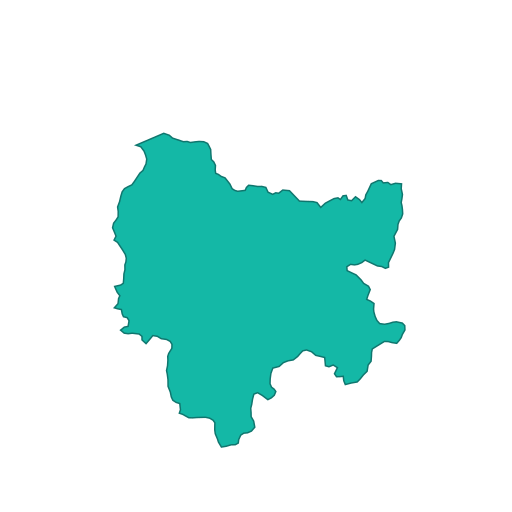 outline of Porteirão, Goiás, Brazil, rotated 231°
{"feature_id": "56859067B4903361773953", "entity_name": "Porteirão", "entity_type": "district", "adm_level": 2, "iso_a3": "BRA", "parent_name": "Brazil", "parent_adm1": "Goiás", "projection": "orthographic", "projection_center": [-50.163, -17.922], "detail": "fine", "context": "isolated", "style": "filled", "palette": "teal", "viewbox_px": 512, "rotation_deg": 231, "n_neighbors": 0, "source": "geoboundaries", "source_scale": "gbopen_adm2", "svg_char_len": 3582}
<svg xmlns="http://www.w3.org/2000/svg" viewBox="0 0 512 512"><g transform="rotate(231 256 256)"><path d="M220.5,414.5L224.7,410.2L226.6,405.7L230.2,404.7L232.7,400.9L235.8,400.8L237.7,398.6L239.6,391.1L237.7,387.2L235.9,383.5L234.4,379.8L232.0,377.0L230.9,371.9L234.6,371.9L239.4,370.6L238.8,365.1L241.7,362.6L246.3,364.2L248.0,361.5L246.8,357.1L249.6,356.3L251.5,352.8L252.5,347.9L253.4,343.1L253.0,336.9L259.1,337.0L262.4,334.5L266.6,329.6L271.3,324.3L285.7,323.1L290.4,318.3L290.5,313.1L292.7,311.1L293.4,307.8L298.0,305.5L303.1,306.8L306.4,304.3L309.0,301.0L312.8,297.6L315.6,294.8L315.3,291.7L313.8,288.9L317.8,282.5L320.3,280.8L323.3,279.8L328.4,281.0L336.2,281.1L339.8,279.0L343.1,278.1L345.6,276.7L348.5,278.4L351.9,281.5L355.7,282.4L359.1,282.0L363.6,285.1L367.3,287.8L370.8,288.6L373.9,289.2L377.7,287.3L380.8,283.9L383.1,280.4L385.5,276.4L388.3,274.6L390.5,271.5L400.2,265.3L404.4,264.6L409.4,261.5L417.6,232.5L413.4,235.2L407.9,235.0L403.9,233.7L400.1,232.1L396.7,228.4L395.5,225.6L393.6,222.0L393.5,218.0L390.5,208.5L389.4,204.3L390.4,200.2L391.1,196.2L390.1,192.4L387.6,188.7L384.1,184.2L381.2,179.3L377.4,177.0L373.2,173.5L372.0,169.9L371.1,166.0L368.2,162.3L364.0,161.1L359.5,159.7L357.7,155.7L353.7,157.0L349.7,156.6L344.3,156.1L339.4,155.4L335.9,153.8L333.2,151.1L331.6,148.5L327.8,145.5L325.2,142.1L321.6,138.9L318.3,135.7L318.6,132.5L321.3,127.0L318.5,126.2L315.0,125.3L310.8,125.2L309.4,122.4L305.8,118.8L304.9,113.3L302.1,115.2L299.1,117.7L295.2,115.6L292.2,114.8L289.2,117.1L285.6,116.6L281.8,112.3L283.6,108.9L283.6,104.1L279.0,105.0L276.1,107.7L273.9,111.2L268.9,116.1L265.3,116.8L262.5,114.6L257.1,115.4L258.1,120.9L259.1,125.7L255.7,128.8L251.4,130.3L247.4,134.0L243.6,135.6L240.2,135.1L237.2,132.5L235.2,126.8L233.5,124.2L230.5,122.0L226.4,118.2L223.3,114.4L220.2,112.8L215.3,109.8L210.0,105.6L204.2,103.8L199.8,101.5L196.2,100.6L192.5,101.8L189.3,103.9L184.0,100.5L182.1,97.5L179.2,99.3L172.6,102.0L170.2,104.8L167.7,108.4L162.5,115.2L159.2,117.9L155.4,119.3L152.3,119.1L149.7,116.9L146.8,114.5L143.5,112.5L140.8,111.7L138.0,110.9L135.0,109.7L129.3,108.9L126.9,113.1L124.9,117.9L122.4,121.1L121.8,124.5L124.2,127.0L126.4,131.4L126.0,135.0L123.9,138.2L122.8,142.3L123.7,147.3L129.2,150.3L134.2,151.1L137.4,153.6L141.0,156.1L143.3,159.2L147.0,163.3L150.0,167.4L148.8,171.2L143.8,173.1L136.9,174.8L136.1,178.7L136.3,182.6L138.2,186.1L141.1,186.3L144.3,185.5L147.9,186.5L151.6,189.7L155.4,193.7L158.3,198.5L155.6,204.5L155.9,210.2L154.4,214.9L151.8,219.6L151.7,225.1L152.4,228.9L152.9,232.6L151.2,236.1L146.7,238.9L141.2,239.9L137.5,242.8L133.9,245.5L130.4,243.2L127.0,240.9L124.0,243.0L122.7,247.4L118.0,249.0L115.1,242.9L111.5,242.6L109.3,245.5L107.6,248.1L103.8,245.7L99.9,244.5L97.4,250.0L94.4,255.4L94.9,259.6L96.0,264.6L96.5,269.8L100.7,274.5L101.8,279.2L105.4,282.6L108.3,285.1L110.6,287.9L109.8,294.3L108.8,302.0L106.2,305.0L103.1,307.2L99.6,310.4L100.3,314.4L101.2,317.5L102.9,320.3L104.8,325.2L108.3,327.8L111.8,327.5L116.5,323.7L118.4,320.7L119.8,317.1L122.0,313.0L125.6,309.6L129.8,309.4L134.0,310.5L138.4,312.4L140.8,314.0L144.8,317.8L149.1,316.5L152.6,314.7L154.8,318.0L158.0,323.6L161.7,324.4L167.0,322.4L171.4,322.6L178.3,321.9L182.4,319.9L187.3,317.6L190.5,319.8L190.0,324.2L187.1,327.0L185.5,329.8L184.3,334.1L184.2,338.2L171.9,344.1L168.7,347.1L165.0,348.8L163.9,352.0L167.5,354.8L171.9,364.2L173.9,367.8L178.3,372.4L184.5,375.6L187.6,382.8L191.2,386.2L193.1,389.3L194.1,392.9L196.4,396.5L199.9,399.0L203.1,401.0L206.2,402.5L208.5,405.2L211.6,408.5L216.9,411.2L220.5,414.5Z" fill="#14b8a6" stroke="#0f766e" stroke-width="1.5"/></g></svg>